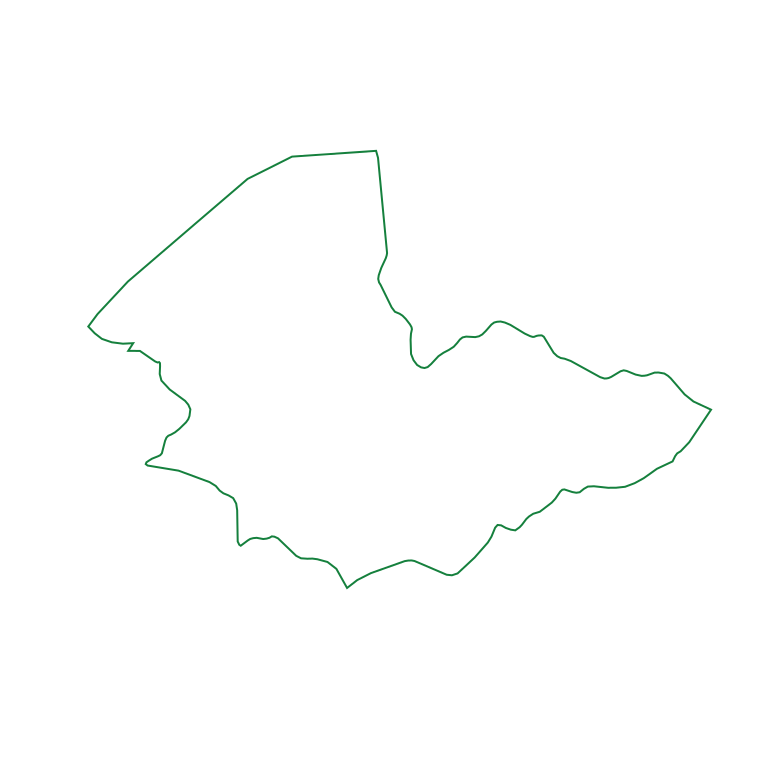 SVG path tracing the border of Manzini, rotated 50°
{"feature_id": "SWZ-536", "entity_name": "Manzini", "entity_type": "District", "adm_level": 1, "iso_a3": "SWZ", "parent_name": "eSwatini", "parent_adm1": "", "projection": "natural_earth1", "projection_center": [31.309, -26.515], "detail": "fine", "context": "isolated", "style": "outline", "palette": "green", "viewbox_px": 768, "rotation_deg": 50, "n_neighbors": 0, "source": "natural_earth", "source_scale": "10m", "svg_char_len": 2517}
<svg xmlns="http://www.w3.org/2000/svg" viewBox="0 0 768 768"><g transform="rotate(50 384 384)"><path d="M149.9,573.6L146.3,558.5L140.9,514.3L139.9,425.3L139.2,356.6L150.7,308.3L200.3,240.2L206.9,243.2L285.7,297.5L287.3,299.4L288.8,301.8L293.3,311.4L297.3,318.1L299.8,320.9L303.0,322.5L305.9,322.9L330.2,328.9L335.7,329.2L340.2,326.9L343.5,325.9L348.2,325.5L355.1,325.8L358.2,326.4L360.0,327.4L362.8,331.0L367.2,335.2L378.4,344.0L384.8,346.1L390.7,346.4L395.1,344.9L397.8,342.7L399.1,339.7L399.0,335.1L397.7,324.4L398.3,318.3L399.6,312.4L400.3,306.6L399.6,301.5L398.7,297.2L398.8,293.9L400.5,290.6L406.7,284.0L408.5,280.6L409.2,276.9L408.8,271.9L407.5,263.5L407.7,260.1L409.0,257.4L411.1,254.5L414.6,251.9L419.9,249.2L435.8,243.8L441.2,241.3L443.4,239.9L444.3,238.8L445.3,236.0L446.4,234.1L448.2,231.9L450.5,231.2L469.2,234.0L474.1,233.4L477.7,231.9L480.7,229.4L486.5,226.1L517.7,214.0L521.5,211.6L522.8,209.9L523.8,208.1L524.6,205.4L526.3,194.6L527.6,191.6L530.0,189.7L538.5,185.2L543.4,181.4L545.1,179.1L546.4,176.9L549.2,169.4L551.7,166.3L556.2,162.5L560.3,161.2L563.9,160.7L585.2,160.4L596.3,158.2L613.9,150.0L624.8,187.6L626.2,200.0L625.6,204.0L626.4,207.3L628.8,212.7L624.4,229.4L623.1,245.6L621.1,255.7L617.7,265.4L612.7,272.8L607.5,279.1L597.3,288.9L593.6,293.8L592.8,298.3L592.7,303.7L590.9,306.6L587.8,309.2L580.7,313.6L579.6,315.4L579.7,318.2L582.0,326.4L582.7,331.7L582.0,346.8L579.3,353.1L578.7,358.1L578.9,361.8L580.5,368.8L580.9,372.2L580.5,377.5L577.1,380.5L572.6,383.2L567.6,385.1L565.0,387.6L565.5,391.2L570.0,399.8L572.2,406.4L575.2,426.1L576.4,449.4L574.2,454.9L570.4,458.6L539.2,474.4L537.0,476.2L534.9,478.8L533.0,482.0L520.5,515.5L517.0,530.5L516.5,543.4L495.0,539.3L484.0,541.7L475.4,547.7L471.8,551.0L468.6,555.0L464.2,559.6L459.2,561.7L434.1,564.4L430.5,566.1L428.6,567.9L428.2,570.5L427.0,573.3L425.1,576.2L420.0,580.4L418.0,583.3L416.7,586.1L416.3,588.9L415.8,597.7L414.1,598.2L410.6,597.3L386.3,577.6L380.6,574.1L374.5,572.9L369.4,574.7L364.5,577.3L360.0,578.4L354.0,578.4L347.0,580.7L318.3,597.1L294.5,617.5L292.2,618.0L291.3,616.3L291.6,613.2L292.1,609.7L294.1,603.6L294.7,601.2L294.3,598.7L286.8,588.2L285.2,585.0L285.0,582.5L285.9,579.5L286.7,575.1L286.8,569.6L286.1,560.3L285.2,556.7L283.5,553.6L278.9,548.6L274.0,547.2L269.1,547.2L250.5,551.7L238.3,552.3L232.2,549.4L226.3,544.0L224.0,542.2L222.7,542.2L222.0,543.6L219.7,544.8L201.8,549.7L194.2,558.6L191.5,549.9L185.3,558.1L177.1,565.7L168.1,571.1L159.2,573.0L149.9,573.6Z" fill="none" stroke="#15803d" stroke-width="2"/></g></svg>